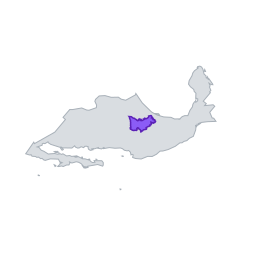 where San Luis Potosí sits in Mexico, rotated 310°
{"feature_id": "MEX-2715", "entity_name": "San Luis Potosí", "entity_type": "State", "adm_level": 1, "iso_a3": "MEX", "parent_name": "Mexico", "parent_adm1": "", "projection": "robinson", "projection_center": [-100.079, 22.87], "detail": "medium", "context": "in_parent", "style": "filled", "palette": "violet", "viewbox_px": 256, "rotation_deg": 310, "n_neighbors": 0, "source": "natural_earth", "source_scale": "10m", "svg_char_len": 5316}
<svg xmlns="http://www.w3.org/2000/svg" viewBox="0 0 256 256"><g transform="rotate(310 128 128)"><path d="M42.5,66.2L56.6,64.9L55.9,66.4L77.8,74.6L94.3,74.6L94.4,71.4L104.7,71.5L106.5,73.7L113.6,79.7L115.2,84.8L116.5,86.7L123.2,90.7L125.4,89.2L127.1,85.5L129.1,84.7L134.0,85.3L138.0,89.5L140.7,95.4L145.4,100.8L145.7,104.2L147.8,108.4L158.1,112.4L159.5,111.8L156.4,122.7L155.4,135.8L155.9,138.6L158.6,142.3L158.0,144.4L158.2,142.3L156.0,139.1L156.7,142.1L159.4,148.2L163.8,154.1L164.8,157.8L168.0,161.5L167.1,161.4L168.9,162.3L168.3,161.8L171.6,162.2L173.9,163.5L175.9,165.9L181.4,164.1L185.4,163.8L188.1,162.4L190.9,162.1L191.5,162.7L191.3,163.4L193.6,163.9L195.1,162.8L194.7,160.8L194.0,161.3L194.1,160.9L198.3,157.7L198.6,155.1L199.8,153.6L199.7,149.3L200.5,146.2L203.6,144.4L209.3,143.4L211.7,142.3L214.5,142.1L219.1,143.2L219.4,142.5L218.2,142.4L219.8,141.9L221.6,143.3L222.0,145.2L221.1,147.7L218.2,151.6L218.1,154.2L216.7,155.7L216.9,156.3L218.3,156.1L216.9,157.7L216.9,158.4L217.8,158.1L216.1,164.6L215.7,165.2L214.7,163.7L214.4,161.3L213.1,163.8L211.8,164.0L210.1,167.3L208.1,167.3L208.0,168.4L196.9,168.4L197.0,172.3L194.4,172.3L200.5,178.3L200.4,180.5L192.6,180.5L189.8,186.0L190.6,187.4L189.6,191.1L183.9,184.8L179.4,180.6L176.6,179.0L176.3,179.4L178.8,180.8L174.8,179.6L175.1,178.6L174.0,179.0L173.4,178.1L172.6,179.0L174.0,179.5L172.0,179.7L170.0,181.1L163.6,183.4L159.5,181.6L156.1,181.2L153.8,179.5L151.4,178.9L150.0,177.3L144.4,176.0L137.3,172.6L132.8,169.5L130.9,167.4L126.2,166.7L121.7,164.8L118.9,161.3L112.7,158.0L109.5,153.4L108.4,150.5L110.8,149.2L110.4,148.0L109.3,147.6L111.0,145.4L111.2,142.9L109.9,142.0L108.6,139.4L108.6,137.0L107.8,135.0L104.1,131.0L101.0,126.3L96.1,122.2L97.5,122.9L97.6,122.0L95.0,121.2L93.1,117.9L94.4,118.0L90.6,115.8L90.1,114.8L88.7,115.2L88.4,114.7L89.5,113.4L87.7,114.4L86.6,113.4L86.4,111.3L87.8,109.4L88.3,109.8L87.3,107.8L86.1,106.6L84.5,106.7L83.5,104.1L81.5,103.5L80.3,102.4L79.6,100.1L80.1,98.6L76.6,97.9L70.7,90.6L70.4,88.9L69.5,88.3L65.8,79.3L65.5,76.5L66.0,75.6L62.6,74.4L61.9,73.0L60.8,72.5L59.6,73.3L55.1,70.6L55.9,72.3L55.2,75.8L56.1,78.5L56.8,83.6L61.3,88.2L62.8,91.2L63.5,91.1L63.8,92.0L64.5,92.1L65.1,94.1L66.4,94.7L67.1,98.9L69.4,101.0L70.1,103.3L71.2,104.1L72.0,106.8L73.0,107.5L72.4,105.4L73.7,106.6L75.2,113.0L76.7,114.8L78.7,119.4L78.4,121.3L78.8,123.1L80.5,124.7L81.2,123.0L86.1,129.0L85.6,131.3L83.6,132.9L82.5,133.1L80.5,128.2L72.7,121.6L72.0,121.7L70.4,119.6L70.1,118.2L70.6,115.1L70.0,112.2L68.9,110.1L65.1,107.5L64.4,105.0L63.7,106.1L61.7,106.5L60.3,104.8L56.8,103.1L56.3,101.6L53.7,99.5L53.4,98.8L56.2,99.2L57.8,98.5L57.8,99.2L59.1,99.9L58.6,98.2L58.0,98.1L59.4,94.7L54.4,88.3L50.1,85.5L49.4,84.1L49.5,81.7L48.4,80.9L48.2,78.2L46.9,77.0L46.7,75.4L44.9,72.9L44.6,71.7L45.3,70.9L44.0,69.9L42.5,66.2ZM70.4,90.7L69.9,92.3L68.6,91.8L69.2,89.3L70.0,89.1L70.4,90.7ZM64.8,90.4L62.9,88.6L62.4,86.7L63.4,87.3L63.6,88.4L64.6,88.6L64.8,90.4ZM221.1,151.1L220.6,150.5L220.8,149.8L222.1,149.2L221.1,151.1ZM70.5,121.6L69.1,120.0L70.0,116.5L69.7,119.6L70.5,121.6ZM52.7,97.2L51.6,96.9L52.4,95.1L52.8,96.5L52.7,97.2ZM34.8,91.1L33.9,89.9L34.1,89.4L34.4,89.5L34.8,91.1ZM71.7,121.7L72.5,123.0L70.7,121.7L71.7,121.7ZM103.4,142.0L103.2,142.6L102.8,142.4L102.6,141.4L103.4,142.0ZM79.3,118.2L79.6,119.2L78.6,117.9L79.3,118.2ZM75.9,111.3L76.4,111.7L75.6,112.7L75.9,111.3ZM76.6,161.9L76.2,162.1L75.7,161.7L76.2,161.1L76.6,161.9ZM192.8,162.1L191.9,162.4L193.6,161.8L192.8,162.1ZM83.9,124.2L83.4,124.0L83.4,123.0L83.9,124.2Z" fill="#d9dde1" stroke="#a8b0b8" stroke-width="1"/><path d="M137.5,121.5L138.8,123.3L138.9,125.6L139.0,125.9L139.6,126.7L139.6,126.9L139.5,127.8L139.8,128.9L139.6,129.4L139.8,130.8L140.1,131.0L140.4,131.1L140.5,131.0L140.5,130.6L142.1,130.7L141.9,131.5L142.3,131.2L142.5,131.6L143.0,132.3L143.0,132.5L142.9,132.8L142.2,133.2L142.5,133.9L145.3,135.0L145.3,134.8L145.2,134.3L145.4,134.4L145.9,134.9L146.2,134.6L146.9,136.0L147.1,136.2L148.8,136.7L149.5,136.8L149.9,136.5L150.4,136.4L150.5,136.2L152.3,137.6L152.4,138.0L152.3,138.3L151.8,139.5L150.9,139.5L151.0,139.7L151.3,139.6L151.2,139.8L151.1,140.0L151.3,140.4L151.5,140.3L151.6,140.6L151.6,141.0L151.4,141.2L151.1,141.2L151.2,141.4L151.1,141.5L150.8,141.4L150.7,141.5L150.7,141.9L150.6,142.0L150.8,142.3L151.2,142.5L151.4,142.8L151.4,143.5L150.9,143.7L150.9,144.8L150.6,144.9L150.2,144.8L149.6,145.1L149.1,144.8L148.9,144.2L148.5,144.2L148.2,144.4L147.8,144.2L147.9,143.6L147.3,141.8L146.9,142.2L146.9,142.5L146.5,142.6L146.5,142.8L146.2,143.3L145.8,143.3L145.6,143.4L145.1,143.5L144.7,143.3L144.6,143.1L144.2,142.7L144.0,142.8L143.7,143.4L143.2,143.1L142.7,143.1L142.0,142.4L141.0,142.1L140.0,141.6L139.9,141.6L139.7,141.8L139.5,142.7L139.3,142.8L138.7,142.8L136.7,141.1L135.9,140.9L135.1,141.0L134.8,140.8L134.7,140.4L134.5,140.2L133.8,140.6L133.3,140.4L134.5,138.7L134.5,137.8L134.2,136.7L134.3,136.4L134.7,136.1L134.4,135.2L134.2,135.1L133.2,135.1L133.0,135.3L132.7,135.9L132.3,135.9L131.9,136.2L131.6,136.1L130.8,134.8L130.4,134.6L129.6,133.8L129.0,132.5L129.1,131.7L129.0,131.1L128.7,130.8L128.7,130.6L128.8,130.5L129.0,130.5L129.1,130.4L129.4,129.6L129.7,129.6L129.7,129.9L129.8,130.0L130.3,129.8L130.7,129.4L131.5,128.3L132.1,128.1L132.5,127.5L133.8,126.6L134.6,125.6L135.1,125.4L136.7,122.6L137.4,122.0L137.5,121.5Z" fill="#8b5cf6" stroke="#5b21b6" stroke-width="1.5"/></g></svg>